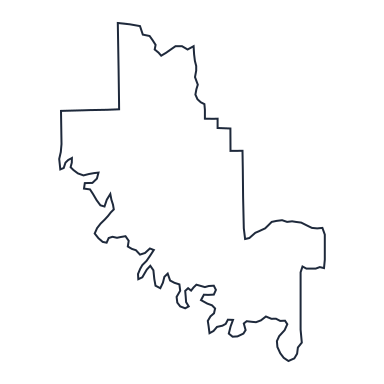 outline of Campina das Missões, Rio Grande do Sul, Brazil
{"feature_id": "56859067B58621448764792", "entity_name": "Campina das Missões", "entity_type": "district", "adm_level": 2, "iso_a3": "BRA", "parent_name": "Brazil", "parent_adm1": "Rio Grande do Sul", "projection": "equal_earth", "projection_center": [-54.831, -27.962], "detail": "fine", "context": "isolated", "style": "outline", "palette": "slate", "viewbox_px": 384, "rotation_deg": 0, "n_neighbors": 0, "source": "geoboundaries", "source_scale": "gbopen_adm2", "svg_char_len": 2685}
<svg xmlns="http://www.w3.org/2000/svg" viewBox="0 0 384 384"><path d="M193.6,46.2L187.6,49.5L182.0,46.2L175.5,46.2L170.9,49.4L165.9,52.9L161.2,55.7L158.6,52.7L154.7,49.5L155.6,44.9L152.6,40.2L149.6,36.0L142.8,34.6L140.0,26.1L129.8,24.3L117.8,23.0L118.6,70.1L119.0,98.7L119.1,109.3L106.8,109.8L89.6,110.1L83.4,110.3L61.0,110.9L61.5,144.1L60.8,152.0L59.2,159.0L59.8,164.5L60.3,169.4L63.7,168.0L65.5,162.6L68.2,160.0L71.9,158.0L71.8,162.6L70.6,167.2L73.4,170.0L77.9,173.4L83.5,175.4L89.0,174.0L94.1,173.1L98.5,172.6L96.9,178.6L92.4,182.9L84.8,183.1L84.0,188.6L90.0,189.4L93.0,194.0L96.7,200.3L100.4,205.3L104.5,206.5L106.8,199.7L110.3,194.0L111.4,199.7L113.0,204.7L113.8,209.4L110.8,212.4L108.1,215.9L104.7,219.6L100.6,223.6L97.1,228.1L94.7,233.5L98.5,238.3L102.7,241.9L106.6,242.7L108.7,238.0L112.5,236.8L117.0,237.8L120.8,237.0L125.5,236.2L128.7,240.8L127.8,246.5L131.9,248.9L135.9,250.2L140.0,254.6L145.0,253.0L149.9,248.5L153.8,250.0L150.3,255.4L146.6,260.8L142.3,265.1L140.2,268.8L138.0,274.0L138.3,279.2L142.3,277.3L144.5,273.5L146.8,269.6L150.3,265.8L153.4,270.3L154.3,279.0L155.5,285.7L160.3,288.2L162.9,282.7L164.4,276.8L167.7,273.6L170.1,280.5L174.4,282.8L179.4,284.4L180.2,290.7L176.6,296.9L177.3,302.6L180.2,306.4L185.2,308.3L188.7,306.4L186.1,302.1L185.7,296.6L185.2,290.9L188.1,288.2L191.1,290.6L193.6,287.4L196.4,284.7L201.0,286.0L204.9,287.1L208.8,286.0L213.8,285.7L215.9,289.9L213.8,294.6L208.3,294.9L203.9,294.7L201.0,300.1L207.3,303.6L212.0,305.3L215.1,308.5L214.0,313.3L210.5,316.3L207.8,320.9L208.6,326.2L209.5,333.2L213.5,331.0L217.0,326.9L222.4,325.7L225.7,323.9L227.9,319.7L233.0,319.9L230.6,326.4L228.8,333.6L232.6,336.7L237.5,336.4L243.4,333.6L245.6,330.1L243.8,323.5L246.7,321.2L251.7,321.8L256.0,322.2L260.9,320.4L265.9,316.5L271.4,318.8L275.9,318.7L280.2,320.9L285.0,320.7L287.3,324.2L284.6,330.2L279.2,336.1L276.9,341.1L277.4,347.0L280.3,353.3L283.7,357.8L288.4,361.0L294.3,358.4L297.1,353.7L297.9,347.5L301.8,342.6L300.6,329.7L300.6,323.5L300.6,317.8L300.6,305.5L300.6,296.6L300.6,282.8L300.6,278.0L300.6,272.3L302.5,266.5L306.4,268.6L311.2,268.6L315.7,268.6L319.8,267.1L324.0,268.1L324.8,259.7L324.8,248.9L324.8,234.6L322.4,227.9L317.2,228.4L311.9,227.9L307.2,225.6L301.2,222.6L295.8,221.9L292.1,221.3L287.1,221.9L282.1,220.2L276.5,220.9L271.7,221.9L268.3,225.3L265.1,228.4L262.0,229.8L258.8,231.3L255.3,232.8L249.4,238.0L245.1,239.0L243.8,228.3L243.1,197.3L242.8,169.0L242.5,150.8L230.5,150.9L230.4,128.5L217.6,128.0L217.6,118.7L213.4,118.8L204.9,118.7L204.9,109.8L204.4,104.1L200.8,102.3L197.5,99.3L195.4,94.6L196.4,89.2L197.8,84.7L195.0,77.1L196.2,70.6L196.2,66.0L194.9,60.9L194.1,54.4L193.6,46.2Z" fill="none" stroke="#1e293b" stroke-width="2"/></svg>